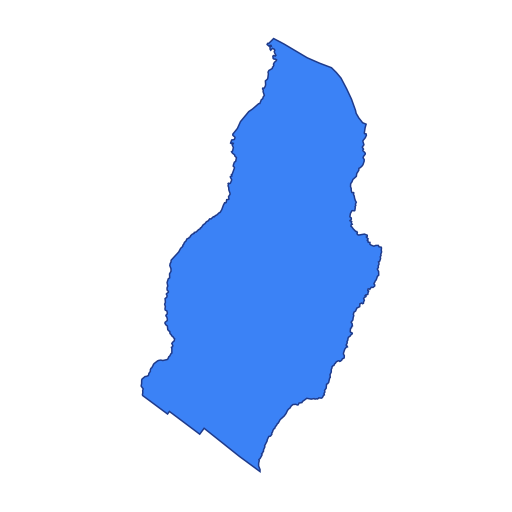 outline of San Nicolás, Buenos Aires, Argentina, rotated 355°
{"feature_id": "61730980B99393843695309", "entity_name": "San Nicolás", "entity_type": "district", "adm_level": 2, "iso_a3": "ARG", "parent_name": "Argentina", "parent_adm1": "Buenos Aires", "projection": "orthographic", "projection_center": [-60.265, -33.471], "detail": "fine", "context": "isolated", "style": "filled", "palette": "blue", "viewbox_px": 512, "rotation_deg": 355, "n_neighbors": 0, "source": "geoboundaries", "source_scale": "gbopen_adm2", "svg_char_len": 6117}
<svg xmlns="http://www.w3.org/2000/svg" viewBox="0 0 512 512"><g transform="rotate(355 256 256)"><path d="M251.2,440.0L253.0,436.9L254.7,436.7L256.2,435.1L256.3,433.7L257.2,432.6L257.6,431.3L258.9,429.6L259.6,429.4L260.1,428.2L262.1,425.9L262.7,424.8L263.6,424.4L265.8,421.1L270.1,417.9L272.2,415.5L273.9,412.6L275.2,411.2L276.5,410.5L277.9,408.6L279.8,407.2L282.7,407.2L284.2,408.0L285.1,407.9L286.0,406.3L289.0,406.0L289.6,405.0L294.2,402.2L298.6,403.4L301.4,403.1L302.3,403.7L304.0,403.5L304.9,403.8L306.3,402.8L308.8,403.3L309.8,402.8L311.2,400.6L312.0,400.3L311.8,398.7L312.8,397.5L312.6,395.9L314.4,393.8L315.1,389.9L316.3,389.4L317.4,388.2L318.7,384.1L319.4,383.4L319.4,380.6L320.9,378.1L321.1,375.6L322.0,374.0L322.0,373.1L322.9,372.2L324.1,371.8L324.8,370.4L325.7,369.8L326.8,368.4L328.8,367.6L329.7,367.7L330.2,368.3L331.0,368.1L332.4,367.1L333.2,365.8L334.5,365.6L335.0,365.0L335.3,363.0L334.6,361.3L334.7,360.3L336.3,356.6L337.9,354.8L339.2,354.5L339.0,353.7L338.2,353.2L338.1,352.5L339.3,350.5L339.2,349.2L340.1,347.9L340.4,346.3L341.0,345.0L342.7,344.1L343.7,342.8L345.1,341.9L345.2,341.3L344.7,340.7L343.5,340.2L343.3,339.2L343.9,336.3L344.9,335.8L345.2,334.4L346.0,334.1L345.8,331.5L345.1,330.7L345.1,330.1L346.9,328.2L347.5,325.5L348.2,324.0L347.9,322.5L348.7,320.5L350.4,319.5L351.9,316.7L354.9,315.5L355.3,312.7L357.2,312.1L357.9,312.8L358.9,312.5L359.1,311.3L360.1,309.5L359.5,307.9L360.3,306.8L362.0,306.0L362.1,305.4L361.3,305.0L361.8,304.4L364.0,304.0L364.5,302.1L365.1,301.1L365.1,300.6L364.3,300.2L364.7,298.7L365.7,298.5L366.5,299.1L368.1,297.2L369.8,297.5L371.6,296.3L371.8,295.2L371.1,294.0L371.3,293.3L371.9,292.7L372.5,291.4L373.7,290.2L375.2,286.8L376.6,285.8L376.8,282.1L375.8,279.9L375.8,279.3L376.9,278.2L376.9,276.3L377.7,275.2L377.9,273.5L377.5,272.6L378.8,271.9L379.9,269.3L379.7,267.7L380.6,266.4L380.4,265.2L381.5,262.9L381.3,261.2L381.7,259.0L381.6,258.2L379.3,257.5L378.8,256.1L376.2,255.9L374.3,256.5L371.8,255.3L370.5,254.2L370.7,252.4L369.0,252.1L368.8,251.5L369.0,250.8L368.2,250.0L369.2,248.7L367.6,246.7L368.6,246.0L368.6,245.0L365.9,243.6L360.1,244.1L358.9,243.4L358.6,242.4L359.0,241.5L358.6,240.4L357.6,240.3L355.2,237.4L354.1,235.5L353.2,234.7L353.6,233.1L354.6,232.8L353.8,231.1L354.3,230.0L352.7,229.1L352.7,228.8L353.7,228.4L354.2,227.6L354.2,226.4L352.9,225.1L353.8,221.8L355.5,219.3L356.5,219.2L357.7,219.6L358.4,219.3L359.1,216.6L359.0,215.4L359.8,214.4L359.6,212.9L360.6,211.2L359.8,209.5L359.2,206.8L359.1,204.8L358.5,203.3L358.9,201.6L358.4,201.2L357.3,201.3L356.9,200.8L356.6,198.8L356.7,196.9L356.2,195.1L356.6,192.2L358.0,190.6L359.2,188.2L362.9,185.4L363.5,182.7L365.9,179.5L366.1,177.7L367.7,177.0L369.8,175.3L370.6,174.2L372.0,171.0L372.2,169.3L371.4,167.8L371.3,167.1L371.9,166.0L373.6,164.2L373.8,163.3L373.4,162.4L371.7,160.5L371.6,159.9L372.4,158.9L371.4,157.1L371.7,156.2L372.7,155.4L373.2,154.5L372.5,151.3L372.6,150.4L375.2,147.7L376.5,145.3L376.3,143.9L374.9,143.6L374.6,143.0L375.9,137.7L377.2,134.3L373.8,132.5L370.5,127.5L368.2,122.6L367.8,119.5L364.8,108.1L360.8,97.2L356.2,86.2L352.0,80.2L347.6,75.0L336.2,69.5L324.3,63.0L302.3,47.2L292.5,40.9L287.4,45.2L286.1,45.2L285.5,46.3L287.2,48.0L288.5,47.4L289.4,47.5L289.6,48.4L288.1,48.7L288.1,51.4L288.6,52.3L290.5,50.6L292.3,51.7L292.7,52.8L292.0,53.8L292.2,55.1L293.3,57.9L292.6,58.5L291.1,57.8L290.2,58.4L290.3,60.7L291.2,61.5L292.3,61.5L293.6,62.3L293.3,63.1L291.2,64.7L290.1,66.4L290.4,67.3L289.7,68.8L288.9,69.3L288.6,70.6L285.0,72.3L284.0,73.9L284.2,75.6L283.3,79.7L282.7,80.9L280.6,82.4L280.5,86.2L280.1,87.5L278.9,89.4L277.3,89.4L277.1,90.1L277.7,91.3L277.4,93.0L278.3,96.7L277.0,98.2L276.4,99.9L275.0,100.7L273.1,104.4L271.9,104.5L265.3,109.3L261.4,111.5L252.3,120.7L248.6,127.3L243.5,132.6L243.5,133.8L245.3,135.7L245.4,136.3L244.6,138.0L241.9,138.3L240.5,141.3L241.3,141.9L242.2,141.4L243.2,141.8L242.0,143.4L242.9,145.9L242.1,148.5L241.8,149.4L240.7,150.0L241.5,151.5L243.5,153.4L243.6,154.5L245.1,156.3L244.0,159.9L242.6,160.7L241.5,163.1L241.1,164.5L242.2,165.8L242.2,166.4L239.4,172.4L238.6,172.8L238.9,174.2L237.4,174.6L237.4,175.5L238.4,177.7L238.1,178.9L236.7,181.3L235.8,181.5L234.9,181.1L234.5,181.5L234.8,181.9L234.3,183.7L234.8,185.5L234.7,187.8L235.6,191.3L235.5,192.3L233.8,194.5L234.0,196.8L233.7,197.2L231.7,197.3L231.0,199.9L230.5,200.4L229.4,200.2L228.0,202.4L225.9,206.9L224.0,209.5L223.2,209.6L220.4,211.8L219.0,212.2L218.0,213.3L217.3,213.1L216.6,213.4L214.5,215.1L213.0,215.0L211.6,216.7L209.5,217.6L208.0,219.3L206.1,220.3L204.1,222.8L203.1,223.2L202.9,223.9L201.0,224.8L198.6,226.8L196.5,227.2L196.4,228.0L194.3,228.8L192.6,230.1L192.4,231.0L191.0,231.7L190.7,232.3L188.6,233.0L187.6,234.9L185.9,236.2L184.9,238.1L184.1,238.8L183.8,240.1L181.6,241.8L179.4,245.2L171.1,252.8L170.8,254.6L169.8,256.1L169.3,258.1L170.2,261.2L170.0,263.8L168.3,266.3L168.1,270.2L166.6,271.1L165.1,274.7L165.5,278.2L164.6,280.0L164.5,281.5L164.5,282.2L164.9,282.4L165.6,283.9L165.4,284.6L163.5,285.8L163.4,286.4L164.0,287.6L163.8,288.6L163.4,289.4L161.7,290.5L161.7,294.3L160.8,296.0L161.3,298.4L160.7,300.8L160.8,301.6L160.9,302.0L162.4,302.9L162.7,304.7L162.5,306.0L161.5,306.7L161.0,307.7L161.9,309.2L162.2,311.2L161.9,312.6L159.7,314.1L159.4,314.9L160.1,316.6L161.6,318.0L161.7,321.7L162.5,322.9L163.5,323.6L163.6,325.8L164.7,327.0L165.0,328.1L166.3,329.2L166.8,330.4L167.7,331.2L167.2,333.3L165.4,334.7L164.5,335.8L165.3,337.9L164.9,339.1L163.8,339.6L164.1,341.0L163.7,345.3L162.8,345.9L161.3,348.2L160.3,348.8L159.3,350.8L158.5,351.4L154.1,352.0L152.1,351.4L150.2,351.5L148.8,351.9L145.1,354.3L144.2,355.3L144.1,355.8L142.3,358.4L141.6,358.7L140.8,360.2L140.7,361.7L139.1,363.6L138.4,365.7L136.3,366.4L135.0,366.4L131.8,368.6L131.3,369.6L130.9,373.3L130.3,375.2L130.3,375.7L132.1,378.6L131.4,379.9L131.3,382.5L130.8,384.0L130.9,385.1L154.1,405.7L156.2,403.3L184.4,428.6L189.3,423.1L222.0,454.2L241.2,471.1L241.4,469.1L240.3,465.4L240.6,462.5L241.4,460.2L241.1,459.1L242.4,458.1L244.5,455.0L244.7,454.5L244.3,453.5L245.5,452.6L245.7,451.9L246.4,451.3L246.6,449.7L248.2,446.9L248.0,445.9L250.9,441.3L251.2,440.0Z" fill="#3b82f6" stroke="#1e3a8a" stroke-width="1.5"/></g></svg>